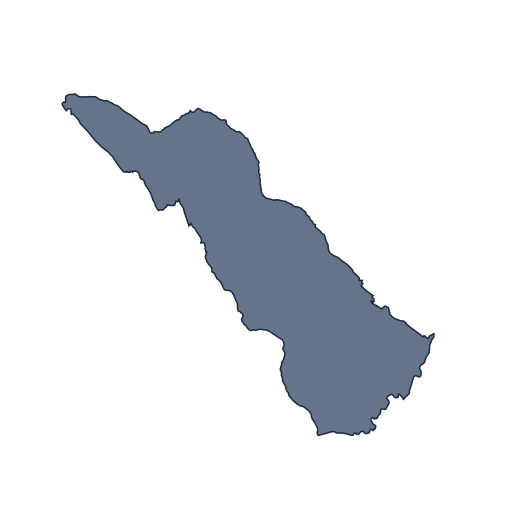 Lazuri De Beius, Bihor, Romania (Natural Earth projection), rotated 78°
{"feature_id": "2599482B33228708697979", "entity_name": "Lazuri De Beius", "entity_type": "district", "adm_level": 2, "iso_a3": "ROU", "parent_name": "Romania", "parent_adm1": "Bihor", "projection": "natural_earth1", "projection_center": [22.328, 46.561], "detail": "fine", "context": "isolated", "style": "filled", "palette": "slate", "viewbox_px": 512, "rotation_deg": 78, "n_neighbors": 0, "source": "geoboundaries", "source_scale": "gbopen_adm2", "svg_char_len": 6099}
<svg xmlns="http://www.w3.org/2000/svg" viewBox="0 0 512 512"><g transform="rotate(78 256 256)"><path d="M79.4,405.1L85.8,401.5L90.1,400.1L98.7,394.9L110.0,389.1L117.9,383.8L123.8,378.8L129.2,375.5L135.0,373.4L141.2,370.7L145.4,368.5L145.8,367.9L146.5,367.6L146.4,367.2L147.0,365.7L146.5,365.1L146.6,364.8L147.0,364.7L147.1,364.4L146.9,364.1L147.0,363.7L147.9,362.9L147.6,362.3L147.8,361.8L147.8,361.3L147.1,360.7L147.4,360.5L147.6,359.8L148.1,359.5L147.6,359.3L147.7,359.0L148.1,358.8L147.6,357.9L147.9,357.3L147.8,356.7L148.2,356.1L148.2,355.4L149.3,354.5L149.8,353.5L152.4,353.3L153.1,353.5L153.5,353.1L155.9,353.1L157.1,352.0L157.3,351.1L160.1,349.6L161.3,349.9L162.1,349.4L163.8,349.5L166.1,348.2L173.4,345.9L180.1,345.1L183.5,344.0L185.8,344.0L190.3,342.5L191.2,341.7L191.0,339.6L191.8,337.9L190.2,335.3L189.3,333.3L187.5,332.0L188.4,330.4L189.2,327.8L189.5,325.4L189.1,324.8L185.7,322.9L186.6,321.5L186.4,320.7L183.8,319.3L188.2,319.3L194.4,317.0L197.8,317.0L212.5,315.3L211.4,314.3L211.9,313.7L210.6,312.8L214.4,311.8L216.0,310.3L218.2,309.3L219.4,309.2L226.8,306.1L229.7,306.1L231.8,307.3L231.7,304.5L234.4,303.8L236.7,303.8L238.1,304.3L241.8,304.2L242.1,303.4L246.3,305.8L250.6,305.2L253.9,304.3L257.9,302.0L259.0,301.8L261.8,302.3L262.7,302.1L263.4,300.9L264.4,300.3L269.9,299.0L272.3,297.1L274.3,296.0L282.3,294.0L283.7,291.4L283.6,290.4L285.3,288.0L287.1,286.7L288.4,286.5L289.4,286.0L298.1,284.3L300.7,284.3L303.3,285.0L305.9,284.9L307.0,283.2L308.3,282.6L309.6,281.3L312.3,281.2L314.7,283.3L317.0,283.2L317.9,282.6L319.7,282.2L321.2,281.4L322.0,280.3L325.3,279.1L327.4,277.4L327.9,276.5L327.8,273.7L328.8,271.3L328.3,269.5L328.7,266.6L330.8,260.8L333.3,257.6L340.6,250.7L343.2,247.8L345.4,247.0L349.3,246.9L350.9,248.4L352.4,249.1L356.7,247.9L358.4,248.3L362.4,250.3L363.9,251.3L365.3,252.9L368.3,253.9L371.2,255.7L373.0,255.8L375.1,255.2L377.6,256.0L381.0,255.5L384.0,255.9L387.1,255.0L388.2,254.4L393.6,254.2L396.5,252.9L400.2,252.6L400.7,252.1L405.0,249.9L406.4,248.7L408.8,247.0L410.9,244.8L411.8,243.8L413.1,241.0L413.9,240.3L418.5,236.4L420.3,235.7L422.7,234.9L425.2,235.2L427.5,234.7L430.4,233.5L436.1,231.7L439.8,231.9L440.9,232.6L442.1,233.0L444.5,232.4L443.7,219.7L443.8,217.1L444.2,215.8L445.3,214.7L445.9,213.7L447.4,207.8L448.5,204.9L451.0,200.4L451.5,198.2L450.3,197.4L449.7,196.6L449.6,195.6L450.3,195.1L451.3,194.9L451.7,193.9L451.2,191.8L449.8,190.5L449.7,188.3L450.0,187.5L451.5,186.9L452.7,185.2L452.4,182.0L449.9,180.6L449.1,179.8L449.9,178.8L450.9,178.2L450.8,177.2L449.6,176.2L449.9,175.7L449.5,175.2L448.0,174.4L446.8,174.3L444.6,176.5L440.1,177.7L439.2,177.2L438.5,176.2L438.3,175.5L438.8,174.6L440.0,174.4L439.9,171.2L438.2,170.1L437.2,169.2L435.9,167.1L434.5,166.5L433.3,166.5L432.0,165.4L432.2,165.1L432.0,164.1L432.3,162.7L433.0,161.6L432.4,160.5L429.6,158.3L428.4,156.9L426.6,156.2L425.8,156.2L422.5,157.6L421.3,157.2L420.5,156.4L419.6,153.2L419.7,151.6L423.2,149.7L423.8,148.2L424.0,146.5L420.6,145.4L421.4,144.4L423.6,143.0L425.1,142.1L426.9,141.6L426.1,140.8L422.6,135.0L421.2,134.2L420.0,134.0L406.9,126.8L406.2,125.1L406.5,124.1L408.0,122.3L408.3,121.2L407.7,120.0L406.8,119.4L403.6,118.6L399.8,119.3L398.5,118.8L396.9,117.4L396.1,114.7L395.0,113.3L391.1,111.1L389.4,109.9L387.7,107.8L386.5,106.9L385.4,106.3L379.1,104.6L377.2,103.1L373.7,100.8L373.3,100.4L373.0,99.4L372.1,98.9L369.0,98.1L370.3,102.9L372.6,105.0L368.8,108.2L370.0,108.9L369.7,109.5L360.9,117.1L359.9,118.1L360.2,118.4L359.9,118.7L359.3,118.7L357.0,120.5L356.7,120.7L354.1,122.8L352.4,123.6L352.1,123.5L351.0,124.7L350.3,125.1L349.7,127.5L346.0,133.5L343.6,135.5L340.5,137.4L338.7,136.9L336.8,137.2L334.1,137.2L332.2,139.3L331.9,140.7L332.9,142.5L333.8,143.4L333.6,144.5L331.2,146.9L329.7,148.1L330.0,148.4L327.0,151.5L324.7,152.9L323.7,152.3L325.6,151.2L324.7,149.9L322.2,149.7L320.6,151.1L319.1,149.7L314.0,154.4L310.1,157.4L309.9,157.3L308.0,158.8L307.1,159.3L305.1,157.2L304.2,158.4L301.9,157.1L301.2,160.3L298.8,159.6L292.0,164.1L289.1,164.8L283.5,168.4L278.8,172.7L274.4,176.2L271.7,180.0L268.6,182.9L264.7,183.8L259.9,183.3L255.5,184.4L251.6,184.5L249.4,184.8L247.5,186.9L245.2,187.9L240.0,192.0L237.5,191.4L237.3,192.2L236.5,193.2L233.6,193.9L231.6,195.4L228.9,195.8L225.9,198.2L223.6,198.3L222.9,198.6L221.4,200.1L219.5,201.3L218.7,202.0L217.1,204.3L216.2,206.2L215.5,208.4L212.8,210.5L210.2,214.3L208.7,215.8L207.5,218.9L205.4,223.3L205.3,225.8L205.0,225.9L204.9,227.6L203.3,230.2L202.6,232.1L200.5,235.2L199.8,235.3L198.8,236.1L197.9,236.2L196.5,237.3L195.5,237.5L194.6,237.3L185.3,236.8L181.5,235.9L179.2,236.3L177.3,235.3L176.6,235.4L175.7,235.9L174.5,236.0L171.6,235.0L167.0,234.8L165.2,233.7L164.4,233.6L161.9,234.9L158.0,235.8L155.7,235.7L153.8,236.7L150.6,237.3L147.7,238.4L145.5,238.6L144.4,239.0L141.8,239.5L139.9,239.6L139.1,240.2L138.6,241.4L138.0,242.0L135.5,243.1L131.7,245.6L130.7,246.9L130.8,248.6L130.6,249.1L125.5,254.5L123.5,255.5L122.4,256.7L121.3,257.2L119.6,257.4L117.1,257.2L116.7,257.5L116.1,259.4L116.2,260.9L114.8,262.9L113.1,264.8L110.4,266.2L109.2,268.1L106.9,270.1L104.9,274.1L104.6,276.3L104.2,277.0L103.2,277.8L101.7,279.7L101.0,279.9L99.8,281.6L99.6,282.3L102.4,287.1L102.1,288.6L101.5,289.2L100.7,289.5L100.1,290.2L100.5,290.7L101.8,291.4L102.2,292.8L102.4,295.3L103.4,296.8L103.3,297.8L103.6,299.7L106.6,303.0L106.7,303.3L106.5,305.0L107.4,307.5L110.8,313.8L111.5,317.8L113.9,322.0L114.4,322.6L114.7,323.5L114.8,324.4L114.1,326.2L113.8,328.0L113.2,328.9L113.3,329.9L114.3,331.4L113.8,333.4L112.8,334.1L106.0,335.8L102.5,340.1L96.8,345.0L91.1,350.4L87.4,354.5L86.2,355.3L85.0,356.6L82.8,357.9L80.4,360.2L79.4,361.5L78.5,363.4L76.9,364.4L74.8,367.6L73.1,369.0L72.7,371.8L71.3,374.9L70.2,376.6L67.2,379.5L66.8,380.3L65.4,386.1L65.1,388.6L63.8,395.0L62.7,396.7L60.0,399.0L59.8,399.7L59.8,402.2L59.4,403.6L59.3,405.4L59.9,408.3L60.2,408.7L62.7,409.7L64.3,409.8L65.8,410.3L66.2,410.6L65.5,411.8L65.9,412.9L66.6,413.9L68.1,413.9L69.6,413.3L71.5,412.8L74.5,411.4L74.5,411.0L73.6,410.7L73.2,410.1L73.0,409.2L73.3,406.9L73.9,406.6L77.0,406.8L78.5,407.3L79.1,407.2L79.1,405.9L79.4,405.1Z" fill="#64748b" stroke="#1e293b" stroke-width="1.5"/></g></svg>